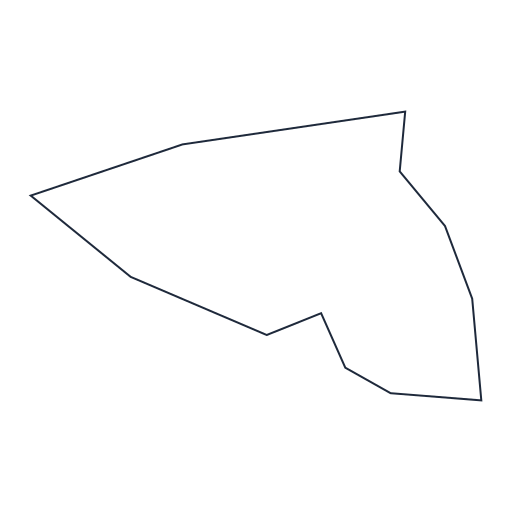 an SVG outline of Għarb
{"feature_id": "MLT-5975", "entity_name": "Għarb", "entity_type": "state/province", "adm_level": 1, "iso_a3": "MLT", "parent_name": "Malta", "parent_adm1": "", "projection": "robinson", "projection_center": [14.205, 36.061], "detail": "fine", "context": "isolated", "style": "outline", "palette": "slate", "viewbox_px": 512, "rotation_deg": 0, "n_neighbors": 0, "source": "natural_earth", "source_scale": "10m", "svg_char_len": 281}
<svg xmlns="http://www.w3.org/2000/svg" viewBox="0 0 512 512"><path d="M30.7,195.6L182.5,144.4L405.2,111.6L399.7,171.4L445.0,226.0L472.2,298.7L481.3,400.4L390.6,393.2L345.3,367.7L321.1,313.2L266.7,335.0L130.7,276.9L30.7,195.6Z" fill="none" stroke="#1e293b" stroke-width="2"/></svg>